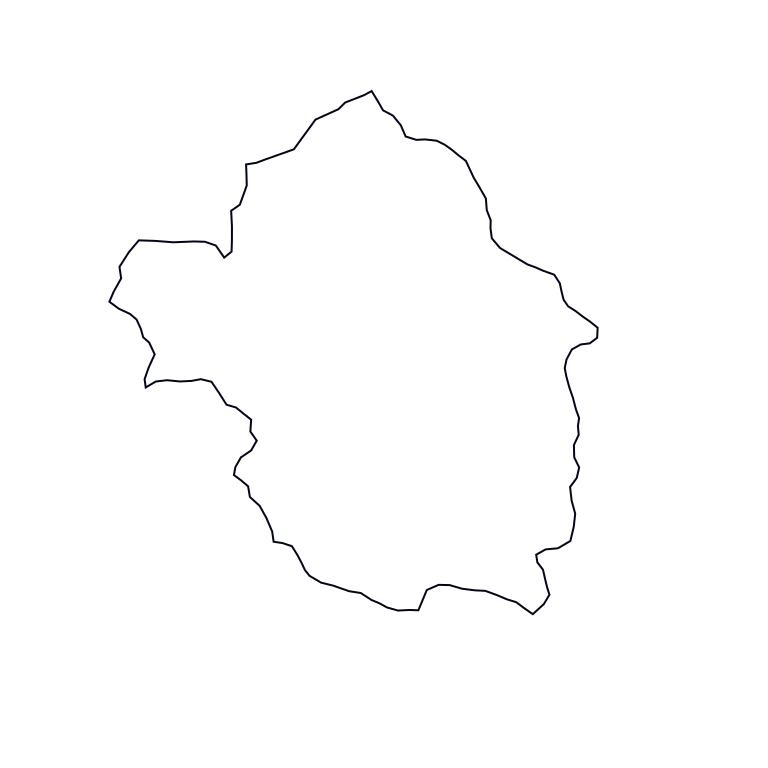 Itamogi, Minas Gerais, Brazil, rotated 65°
{"feature_id": "56859067B20753929477862", "entity_name": "Itamogi", "entity_type": "district", "adm_level": 2, "iso_a3": "BRA", "parent_name": "Brazil", "parent_adm1": "Minas Gerais", "projection": "mercator", "projection_center": [-47.045, -21.076], "detail": "fine", "context": "isolated", "style": "outline", "palette": "ink", "viewbox_px": 768, "rotation_deg": 65, "n_neighbors": 0, "source": "geoboundaries", "source_scale": "gbopen_adm2", "svg_char_len": 2061}
<svg xmlns="http://www.w3.org/2000/svg" viewBox="0 0 768 768"><g transform="rotate(65 384 384)"><path d="M655.5,346.4L651.0,332.1L644.9,323.1L637.2,322.1L628.8,320.4L619.5,318.4L610.5,320.4L603.0,318.2L602.2,307.4L606.4,295.8L605.0,281.4L593.5,272.3L582.3,265.5L569.2,263.3L556.0,258.9L550.6,249.0L542.1,242.4L530.9,242.6L519.6,237.7L512.3,229.0L504.1,226.0L497.3,221.6L488.4,220.8L476.2,218.6L464.9,217.4L454.0,215.5L446.0,213.5L439.0,208.3L432.1,199.2L431.3,189.0L434.1,180.4L432.2,171.3L423.3,166.6L414.4,171.0L407.0,175.3L398.7,179.6L391.4,184.3L383.5,185.6L375.2,184.0L367.1,182.1L356.9,183.5L348.8,191.7L341.9,197.8L336.2,203.5L326.6,210.0L318.4,215.5L309.9,221.3L297.5,224.7L287.7,221.6L280.7,218.1L269.9,217.4L259.0,213.3L245.3,214.4L235.2,215.5L225.9,215.5L216.4,215.5L208.1,219.9L199.9,223.8L192.6,228.0L185.8,233.4L179.7,243.4L176.4,251.5L168.8,259.8L156.7,259.4L144.5,262.5L135.6,269.2L124.7,270.1L113.3,271.4L113.8,280.1L112.5,300.2L115.7,309.3L115.4,334.3L133.2,366.5L130.4,395.9L129.6,406.2L126.7,416.2L136.0,420.1L146.1,424.5L160.6,438.9L162.4,449.3L176.9,455.2L189.3,461.0L199.6,466.2L201.9,475.4L187.4,477.9L179.4,486.2L174.5,496.0L166.5,515.1L157.5,531.1L150.2,545.5L156.7,559.5L166.0,574.2L177.2,577.6L186.2,590.1L193.4,598.1L203.7,592.5L213.3,584.5L221.0,581.0L231.4,581.1L239.9,582.5L247.2,579.3L260.2,579.3L269.6,590.3L278.4,598.9L286.4,601.4L285.3,589.8L288.9,579.0L295.4,568.0L299.8,557.3L302.2,548.0L309.1,539.4L322.8,537.2L336.2,535.5L342.7,528.1L350.4,524.4L360.2,519.5L370.6,525.2L381.6,523.3L388.1,532.5L390.0,544.6L396.5,553.8L403.1,558.5L410.8,554.3L419.3,550.4L429.7,553.3L441.9,548.2L455.6,547.2L470.5,547.7L480.3,550.7L485.2,543.3L492.1,536.0L503.0,534.7L511.8,534.3L519.3,534.3L526.5,532.5L537.4,525.0L545.4,515.1L551.4,509.0L557.1,503.1L563.6,493.4L574.6,486.5L580.7,480.9L587.8,475.7L595.2,467.1L599.7,456.1L603.6,448.5L597.6,441.9L588.8,432.3L589.1,419.4L594.0,409.5L602.5,399.8L609.3,389.0L614.3,379.6L622.8,371.1L630.9,363.8L637.6,356.4L645.8,352.0L655.5,346.4Z" fill="none" stroke="#020617" stroke-width="2"/></g></svg>